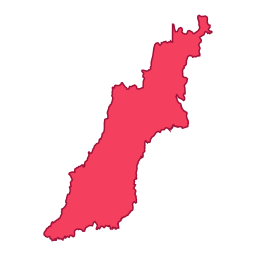 the district of Jutaí, Amazonas, Brazil
{"feature_id": "56859067B75336397853406", "entity_name": "Jutaí", "entity_type": "district", "adm_level": 2, "iso_a3": "BRA", "parent_name": "Brazil", "parent_adm1": "Amazonas", "projection": "equal_earth", "projection_center": [-67.953, -4.51], "detail": "fine", "context": "isolated", "style": "filled", "palette": "rose", "viewbox_px": 256, "rotation_deg": 0, "n_neighbors": 0, "source": "geoboundaries", "source_scale": "gbopen_adm2", "svg_char_len": 5812}
<svg xmlns="http://www.w3.org/2000/svg" viewBox="0 0 256 256"><path d="M120.8,84.5L118.5,85.7L115.5,85.3L114.9,85.6L114.5,87.8L113.4,88.0L113.0,87.2L112.4,87.6L112.6,90.4L112.1,92.5L112.5,93.7L111.8,95.7L112.9,97.8L112.2,101.2L111.1,104.4L110.2,104.9L109.8,106.1L109.0,106.8L108.6,108.9L107.4,112.2L107.4,113.5L108.0,115.6L107.8,118.4L105.0,119.3L104.8,119.7L104.4,122.9L104.4,128.8L104.0,131.7L102.2,133.9L101.9,136.3L100.7,139.3L100.1,138.9L99.7,139.1L99.2,140.0L99.0,141.9L98.4,143.1L96.5,143.8L94.4,146.1L94.1,147.6L93.1,149.0L92.1,152.1L91.4,153.0L90.4,153.4L89.2,152.0L88.7,152.1L88.5,152.8L89.0,154.8L88.8,156.0L87.8,157.7L87.1,160.4L85.2,161.8L84.7,163.3L84.5,166.4L84.1,166.8L83.4,166.9L83.0,166.5L83.3,165.0L81.8,165.0L80.2,166.4L78.5,166.6L78.1,167.5L76.5,167.9L75.9,168.6L74.9,169.1L75.0,169.7L74.7,170.3L74.8,172.2L72.2,172.0L70.0,172.7L69.1,173.4L69.0,174.2L70.5,175.6L72.3,180.0L72.1,180.6L71.4,180.9L70.5,182.5L71.0,186.5L70.1,186.6L69.5,187.2L70.1,189.1L70.2,191.2L69.4,193.8L69.2,194.2L68.1,194.2L67.4,195.1L66.4,199.6L65.9,200.5L65.9,202.3L66.4,202.6L66.5,203.6L65.4,206.1L63.3,208.5L61.7,209.2L62.1,210.3L61.5,212.0L61.9,213.2L61.7,214.2L61.0,215.3L59.9,218.0L59.1,218.3L58.4,219.4L57.5,219.5L56.2,220.7L55.2,221.1L54.9,221.9L53.2,222.8L52.8,221.9L51.9,222.3L51.4,223.2L51.4,224.3L50.7,225.5L50.6,226.4L50.0,226.2L48.7,226.7L48.1,227.8L46.6,228.6L45.9,230.3L44.4,232.2L44.1,233.3L44.1,234.8L44.9,235.3L45.5,236.3L47.3,237.1L49.6,236.6L50.1,237.2L50.2,238.7L51.8,239.2L52.1,240.6L54.4,240.1L54.9,238.8L55.2,238.8L55.6,240.2L56.3,240.1L56.9,238.4L58.1,237.5L58.4,237.6L58.9,238.9L60.9,238.7L62.9,239.9L63.3,238.4L64.5,237.8L64.6,236.4L65.6,236.8L65.9,237.7L67.2,236.3L69.1,237.3L70.0,235.5L70.9,235.3L71.5,235.8L72.1,235.7L73.0,236.7L74.0,236.4L74.4,235.7L74.5,234.5L74.5,231.2L75.5,229.8L76.9,229.2L78.1,228.9L78.7,229.5L79.3,229.2L80.8,229.4L81.8,229.8L82.9,231.2L84.5,231.1L85.4,228.4L86.0,227.6L89.4,225.5L92.5,225.7L93.4,222.8L94.8,221.5L97.3,224.8L97.1,226.7L96.3,228.4L96.4,229.2L96.8,229.4L97.4,229.2L98.5,228.0L99.4,228.7L99.7,228.5L100.9,226.5L101.6,226.2L102.9,226.6L103.8,227.5L104.5,227.5L105.8,225.6L108.6,226.5L108.8,225.7L109.4,225.7L110.6,227.9L110.3,228.6L110.5,229.0L112.5,229.0L113.0,228.4L112.8,227.5L113.0,227.2L114.6,227.8L115.3,227.7L115.3,228.9L116.1,229.0L117.2,228.1L118.7,228.0L118.6,226.2L118.0,225.4L118.3,224.0L118.2,223.6L117.8,223.6L117.9,223.2L118.7,222.0L120.9,220.5L121.3,218.7L121.7,218.8L122.3,217.6L123.0,217.6L123.7,216.8L124.7,216.9L127.1,215.3L127.8,215.3L128.3,214.2L130.1,212.4L130.3,211.1L131.2,211.0L132.7,209.9L133.0,207.1L132.5,204.5L133.1,202.6L134.3,201.8L135.7,203.0L136.5,202.3L136.3,201.1L136.4,199.3L135.9,197.3L136.1,196.4L134.9,193.9L135.7,191.8L135.7,190.5L133.7,188.3L135.5,184.9L134.0,184.2L134.5,181.4L134.0,180.5L135.4,178.9L136.1,179.1L136.6,178.6L136.7,178.1L136.1,177.2L136.5,174.9L136.0,173.3L137.0,168.8L136.8,165.6L137.3,164.4L138.0,163.5L138.0,162.1L140.2,158.5L140.9,158.2L141.1,156.4L141.7,156.3L142.2,157.4L142.8,157.1L143.1,155.7L142.9,153.2L144.8,151.2L144.5,149.6L144.9,147.6L144.4,146.7L145.0,145.6L144.7,143.4L145.3,141.0L145.9,140.7L146.6,142.2L147.5,142.2L147.7,142.7L148.1,142.2L149.7,142.3L150.1,141.7L150.6,139.3L151.8,137.3L153.8,135.8L156.0,132.7L157.2,131.8L158.4,131.3L159.5,132.2L160.2,132.3L161.5,129.8L164.4,129.6L165.2,128.2L166.3,127.8L167.9,128.3L169.9,130.4L169.8,129.6L170.1,129.2L170.0,128.7L170.9,128.4L171.3,128.9L171.8,127.8L172.2,127.9L172.3,127.1L172.6,127.0L172.2,126.4L172.5,126.1L172.9,126.4L173.3,124.8L174.3,125.5L174.6,126.2L175.4,126.5L175.8,126.3L176.8,126.8L177.0,126.4L178.0,126.7L178.1,127.1L179.4,126.6L181.6,126.8L182.0,127.2L182.0,127.8L182.6,128.2L187.8,126.5L187.8,125.0L188.4,123.2L188.0,121.8L188.2,121.1L187.5,119.4L187.1,118.9L186.4,116.1L186.6,114.7L187.1,113.2L186.4,112.2L185.3,111.9L184.8,111.1L183.9,111.0L182.1,108.6L182.0,108.0L181.5,107.9L181.5,107.0L181.0,106.5L181.3,105.8L181.0,105.5L180.9,104.3L180.4,103.5L178.5,102.7L177.2,100.2L176.6,97.7L176.0,96.9L176.5,96.0L176.6,94.8L177.1,95.0L178.7,97.6L182.2,99.3L183.6,100.5L184.4,99.9L184.7,98.6L184.5,97.5L183.4,95.4L184.0,93.7L185.0,93.8L185.1,93.4L184.8,87.8L184.3,85.7L184.9,84.4L186.2,83.0L186.9,81.4L187.4,78.9L186.0,77.6L184.0,77.3L182.8,76.3L182.5,70.3L183.0,69.1L184.2,68.0L184.0,66.8L184.3,66.0L185.2,65.6L186.2,64.4L186.4,63.1L186.3,61.3L187.6,57.0L188.5,56.1L189.6,55.5L191.7,55.8L192.8,57.2L194.2,56.5L195.9,56.8L198.5,55.4L198.6,55.9L199.7,55.8L199.9,54.4L198.9,51.2L200.0,48.4L199.7,47.2L198.7,45.4L199.6,43.0L201.0,42.0L201.3,40.5L201.1,39.6L199.8,37.9L199.9,37.0L203.9,34.7L204.8,32.4L205.3,31.8L206.9,32.0L207.7,33.3L208.7,32.8L209.4,33.6L211.4,32.7L211.9,32.1L211.7,31.4L209.6,31.1L208.5,29.7L208.6,28.9L209.9,27.4L210.0,25.2L208.5,24.9L207.6,23.4L207.2,21.7L207.4,18.3L207.1,17.2L205.6,16.1L201.3,16.6L199.1,15.4L198.0,16.1L197.7,17.8L199.1,22.8L198.9,24.8L199.7,26.9L199.5,28.8L198.1,30.8L193.9,33.7L193.2,33.4L191.7,31.7L189.0,30.5L187.9,31.0L187.0,33.3L186.2,34.0L184.9,34.0L183.0,33.3L181.9,32.0L182.3,29.6L182.0,28.8L181.5,27.9L180.7,27.6L178.8,28.5L177.4,31.5L175.7,31.8L174.6,29.4L173.9,25.0L173.2,24.2L172.6,24.2L172.5,42.1L171.9,42.2L170.5,40.9L170.1,42.0L168.9,41.9L167.3,42.7L166.6,42.6L165.8,41.4L164.8,41.9L164.2,41.7L162.1,42.9L161.4,42.7L161.3,44.0L160.1,45.3L157.9,42.8L156.0,43.3L154.8,44.8L153.9,48.2L152.9,55.6L151.3,61.9L151.2,64.3L151.4,65.6L150.4,67.3L150.7,68.5L150.6,68.9L149.9,69.8L148.9,69.8L148.1,70.7L146.7,71.1L142.9,70.2L141.9,70.5L142.0,71.4L143.7,73.4L142.9,76.0L143.0,77.0L144.2,77.8L144.5,78.5L143.3,81.2L143.1,87.6L141.2,88.1L140.5,88.7L137.6,89.0L137.0,88.5L136.4,86.4L134.7,85.0L133.5,85.7L132.7,85.7L131.5,86.7L129.6,86.5L128.7,88.9L127.2,89.3L126.5,87.9L124.8,86.5L122.4,82.8L121.4,82.9L120.8,84.5Z" fill="#f43f5e" stroke="#9f1239" stroke-width="1.5"/></svg>